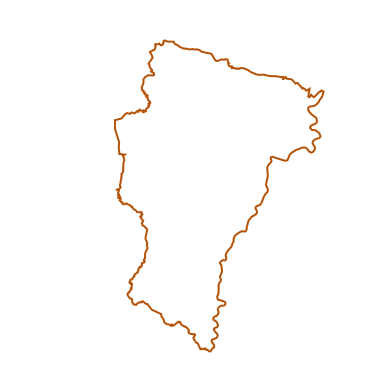 outline of Huetamo, Michoacán, Mexico, rotated 292°
{"feature_id": "50627088B12818336981253", "entity_name": "Huetamo", "entity_type": "district", "adm_level": 2, "iso_a3": "MEX", "parent_name": "Mexico", "parent_adm1": "Michoacán", "projection": "mercator", "projection_center": [-101.141, 18.66], "detail": "fine", "context": "isolated", "style": "outline", "palette": "amber", "viewbox_px": 384, "rotation_deg": 292, "n_neighbors": 0, "source": "geoboundaries", "source_scale": "gbopen_adm2", "svg_char_len": 6029}
<svg xmlns="http://www.w3.org/2000/svg" viewBox="0 0 384 384"><g transform="rotate(292 192 192)"><path d="M334.5,276.4L334.5,273.9L333.1,273.4L332.7,272.6L325.6,269.7L325.9,267.9L326.8,266.1L323.8,265.3L324.1,264.0L325.3,264.0L327.3,263.2L328.6,263.2L331.7,262.3L329.0,260.5L328.8,259.7L329.2,259.3L330.0,256.6L329.7,255.4L329.4,255.3L330.1,254.4L330.3,253.5L330.8,253.0L331.8,250.5L332.7,249.1L331.3,247.3L333.6,243.0L333.6,241.2L332.6,237.8L333.0,236.6L333.7,235.9L330.9,234.4L330.9,234.0L331.5,234.1L332.9,233.4L331.8,231.3L331.0,227.0L328.6,220.6L327.6,214.1L325.8,210.7L325.2,207.6L325.2,202.8L325.5,200.1L326.1,198.2L326.0,193.4L325.3,190.9L324.8,190.5L324.0,189.3L324.0,188.5L323.7,188.0L323.5,188.5L323.0,187.3L322.5,183.7L321.7,182.6L322.0,182.3L323.1,182.7L323.4,182.3L323.3,181.4L322.5,180.1L323.3,178.4L324.6,177.5L325.4,178.0L325.5,177.4L326.5,176.3L327.9,175.6L328.2,175.0L327.8,173.5L326.7,172.4L326.0,169.6L323.0,166.6L322.6,164.6L327.4,158.2L325.7,148.7L325.7,147.8L326.4,146.1L326.1,143.1L325.0,140.8L324.8,139.1L323.3,136.4L322.6,132.2L321.9,130.9L321.9,126.8L322.9,122.8L322.7,121.2L322.9,120.4L324.5,118.8L322.4,113.3L322.2,109.7L321.6,109.3L321.3,109.7L319.5,109.3L319.2,109.7L317.6,109.7L316.3,108.0L317.3,106.0L316.8,105.8L315.7,104.0L315.5,102.7L314.0,102.9L313.6,103.5L312.5,103.9L310.2,104.0L306.0,100.5L304.3,102.9L301.8,105.2L294.6,103.6L294.1,104.9L292.3,105.7L291.9,106.6L290.6,107.7L290.4,109.1L289.7,109.4L288.4,108.9L288.1,112.0L286.5,113.0L285.7,112.6L283.7,107.4L280.8,105.4L278.4,104.8L274.6,106.2L270.4,106.1L267.6,107.6L267.7,109.2L266.2,109.9L265.6,110.8L266.2,110.9L266.3,111.2L265.7,111.3L264.8,112.3L264.8,113.2L265.2,113.7L264.9,114.5L264.1,114.3L263.7,114.9L263.1,114.3L262.9,115.4L260.8,116.9L260.2,118.6L259.0,120.0L258.5,119.9L258.3,119.0L257.8,118.5L256.7,119.1L256.4,119.9L255.3,119.3L254.6,120.0L252.3,118.6L250.7,118.4L249.8,118.9L249.6,117.3L248.8,118.0L247.7,117.4L247.7,116.5L248.8,115.6L248.2,113.0L248.6,112.6L247.8,112.2L246.4,112.4L246.2,111.7L246.7,111.2L246.5,110.9L243.5,109.4L243.3,106.7L243.0,106.1L241.1,105.1L241.0,102.3L239.7,101.3L237.6,100.3L233.8,99.2L229.8,93.7L221.4,97.1L210.9,105.8L205.3,107.6L200.8,110.2L200.0,110.3L201.5,115.7L199.5,114.4L198.1,116.0L196.2,117.3L194.0,117.4L192.1,117.9L184.8,120.6L182.0,119.8L180.8,120.7L179.2,120.8L178.4,121.5L175.9,121.6L173.9,122.3L171.8,122.5L170.4,123.1L169.7,124.1L167.3,123.4L166.5,121.7L165.9,121.5L165.7,123.7L163.8,123.7L162.3,124.3L162.5,125.1L161.8,125.8L160.7,125.1L160.2,125.2L159.9,126.2L160.7,126.4L160.8,126.7L160.1,127.7L159.7,127.6L159.6,126.8L158.9,126.3L158.8,128.5L158.3,128.7L157.1,128.2L156.8,128.7L156.9,129.1L156.0,130.3L156.4,131.4L155.3,131.8L154.8,132.5L155.3,133.3L155.3,134.0L156.3,134.6L156.9,135.9L156.5,136.5L156.6,138.9L155.5,141.5L155.9,141.9L155.2,142.3L155.2,142.9L154.2,144.3L153.9,146.8L152.8,148.7L154.4,152.8L152.8,153.3L153.1,153.8L152.8,154.3L152.2,154.0L151.5,154.2L150.0,153.4L149.9,154.3L148.7,154.3L147.0,157.6L144.2,157.2L143.2,158.3L142.5,158.5L142.3,160.9L141.3,162.4L141.0,163.9L140.3,164.5L132.3,166.0L130.8,166.7L127.7,169.8L126.1,169.9L123.1,171.9L118.2,171.4L114.5,172.6L113.9,173.0L112.8,173.2L111.0,172.7L109.8,174.3L109.3,173.8L108.5,173.8L107.4,172.3L106.2,172.5L105.1,173.2L104.0,172.7L103.1,172.7L103.1,171.7L100.0,171.2L99.4,171.7L97.7,171.4L97.1,171.8L94.1,169.7L93.0,169.6L92.7,170.1L92.2,170.2L91.2,169.4L88.8,169.3L87.7,167.9L87.0,167.7L86.4,168.3L85.6,168.4L84.8,167.8L84.5,168.1L84.0,169.2L84.6,169.6L84.7,170.4L84.2,170.9L83.6,170.8L81.5,171.7L79.9,171.3L79.3,172.4L76.9,171.3L75.5,171.5L75.4,171.1L73.6,170.3L72.1,171.1L70.0,174.3L70.4,175.4L70.2,176.6L67.5,177.8L65.9,179.9L66.4,181.3L66.1,181.9L66.4,182.5L68.9,183.4L69.8,184.4L69.9,185.1L71.5,186.3L71.1,186.7L72.2,187.6L71.0,191.2L71.4,192.6L67.8,198.7L67.3,209.1L65.1,210.4L63.2,213.4L60.7,215.3L60.0,218.2L60.5,219.6L60.5,221.9L61.1,222.4L60.1,222.8L60.5,223.7L61.3,224.0L61.2,224.8L64.6,226.9L65.9,227.4L66.5,228.2L66.4,228.9L66.8,228.8L67.0,229.9L65.9,230.5L64.9,232.1L64.4,235.6L64.7,235.7L64.8,236.2L64.1,238.5L62.3,241.2L60.8,241.2L59.9,242.1L60.2,245.5L61.0,246.8L61.0,248.0L60.4,248.6L59.2,248.1L58.0,248.3L57.3,247.9L56.3,248.7L53.9,252.2L53.9,254.0L49.5,258.6L49.6,259.5L50.5,260.0L50.6,261.2L50.9,261.3L51.0,261.9L51.9,263.0L51.1,263.3L50.9,264.2L51.4,265.6L50.7,267.8L51.3,269.0L54.0,269.3L56.6,270.7L58.6,269.7L59.9,267.1L61.3,265.9L62.7,266.1L65.0,268.6L66.3,269.5L67.3,269.7L68.5,269.6L69.7,268.8L71.2,265.6L72.5,263.9L73.5,263.7L74.4,264.1L76.4,266.1L78.2,266.1L80.7,263.8L81.7,259.6L83.4,259.0L84.5,259.3L86.8,261.5L88.5,261.9L90.6,261.7L92.8,259.8L95.6,260.2L97.2,261.2L98.9,264.5L100.0,264.9L100.8,264.8L102.0,264.3L102.5,263.2L102.3,258.6L101.8,256.5L102.8,255.5L104.6,254.5L107.9,254.5L112.5,253.0L114.6,251.7L117.9,251.3L119.3,251.9L121.3,251.8L123.8,249.7L129.9,249.6L134.8,246.7L135.7,246.0L136.2,244.8L137.2,244.3L139.6,245.5L140.5,246.3L140.9,248.3L142.4,248.7L143.5,248.6L145.9,247.0L147.0,246.7L151.3,247.3L156.2,249.1L159.1,248.8L161.7,249.1L163.9,248.2L167.4,248.1L171.5,250.5L174.2,252.7L175.3,256.1L176.2,256.6L178.2,256.6L180.5,255.7L181.6,255.8L186.3,255.1L191.0,256.4L195.3,259.6L197.3,259.9L198.6,259.3L200.8,256.9L202.1,256.7L203.5,257.6L205.4,259.8L207.0,260.5L214.8,260.4L218.5,261.1L220.6,262.0L221.8,261.9L222.8,261.4L226.3,257.9L235.3,256.3L242.5,252.7L244.8,252.5L249.8,254.2L251.0,253.9L252.4,252.4L253.7,252.1L254.8,253.4L255.7,265.9L256.3,267.6L257.4,268.6L263.3,268.6L266.0,269.9L270.2,272.9L272.1,275.3L274.4,277.5L275.7,280.6L275.3,282.2L273.3,285.7L273.3,288.1L274.8,289.3L277.2,289.9L279.3,289.4L282.3,285.6L283.5,285.1L285.0,285.4L287.4,286.8L289.2,289.2L290.5,290.2L291.4,290.3L292.4,289.9L294.0,288.2L294.7,286.6L295.5,283.2L294.5,279.8L295.7,277.5L297.0,277.2L298.4,277.7L301.9,281.1L303.5,281.6L304.4,281.4L306.3,280.3L307.3,279.2L309.0,273.2L310.4,270.4L311.8,268.9L313.2,268.3L314.4,268.5L315.2,269.1L317.8,273.2L320.7,275.1L322.9,275.8L325.4,275.9L328.9,277.0L334.5,276.4Z" fill="none" stroke="#b45309" stroke-width="2"/></g></svg>